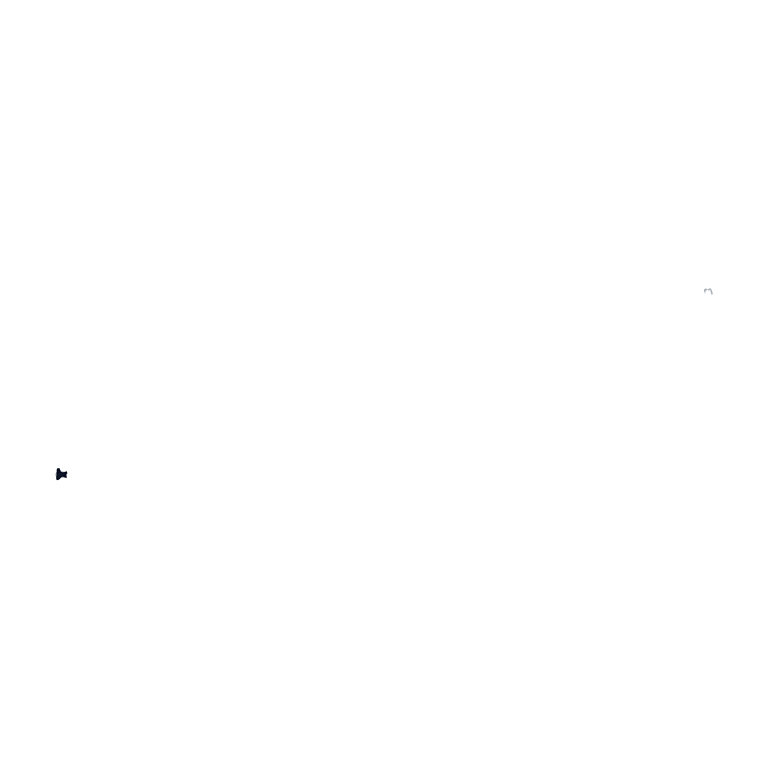 where Christmas Island sits in Indian Ocean Territories, rotated 176°
{"feature_id": "IOA-2652", "entity_name": "Christmas Island", "entity_type": "state/province", "adm_level": 1, "iso_a3": "IOA", "parent_name": "Indian Ocean Territories", "parent_adm1": "", "projection": "albers", "projection_center": [105.657, -10.498], "detail": "fine", "context": "in_parent", "style": "filled", "palette": "ink", "viewbox_px": 768, "rotation_deg": 176, "n_neighbors": 0, "source": "natural_earth", "source_scale": "10m", "svg_char_len": 965}
<svg xmlns="http://www.w3.org/2000/svg" viewBox="0 0 768 768"><g transform="rotate(176 384 384)"><path d="M717.7,316.4L715.5,321.9L711.6,318.9L707.0,317.9L707.9,313.8L711.7,313.3L713.5,313.1L716.2,311.6L717.7,316.4ZM51.5,455.1L52.4,455.5L53.5,455.1L54.0,455.5L52.2,456.3L51.1,455.0L50.5,452.8L50.3,450.9L50.8,450.9L50.8,451.6L51.0,452.3L51.4,453.5L51.1,454.3L51.5,455.1ZM57.4,455.9L56.5,456.4L55.8,456.1L55.6,455.9L55.5,455.4L56.3,455.4L57.0,455.0L57.4,454.3L57.5,453.4L57.9,454.3L57.8,455.2L57.4,455.9Z" fill="#d9dde1" stroke="#a8b0b8" stroke-width="1"/><path d="M716.1,311.6L716.9,312.1L716.7,313.2L716.6,314.6L716.2,316.5L716.2,318.0L715.6,319.2L715.8,321.0L715.4,321.9L714.2,322.0L713.8,320.7L713.3,319.5L713.1,318.4L711.9,317.9L710.4,317.6L708.6,317.7L707.1,318.2L706.9,317.3L707.6,316.8L708.2,315.4L707.8,314.4L707.8,313.4L708.8,313.7L710.3,314.6L712.3,314.6L713.5,313.6L714.7,312.4L716.1,311.6Z" fill="#0f172a" stroke="#020617" stroke-width="1.5"/></g></svg>